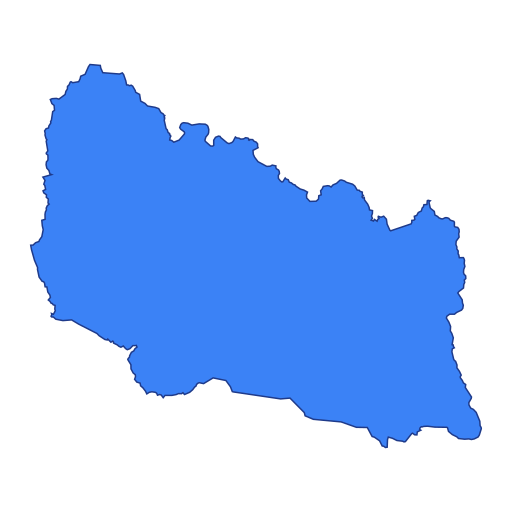 outline of Kong Chro, Gia Lai, Vietnam
{"feature_id": "81297802B76302638024773", "entity_name": "Kong Chro", "entity_type": "district", "adm_level": 2, "iso_a3": "VNM", "parent_name": "Vietnam", "parent_adm1": "Gia Lai", "projection": "albers", "projection_center": [108.588, 13.762], "detail": "fine", "context": "isolated", "style": "filled", "palette": "blue", "viewbox_px": 512, "rotation_deg": 0, "n_neighbors": 0, "source": "geoboundaries", "source_scale": "gbopen_adm2", "svg_char_len": 5989}
<svg xmlns="http://www.w3.org/2000/svg" viewBox="0 0 512 512"><path d="M90.0,64.5L88.5,66.6L85.1,74.3L80.7,76.2L80.1,78.8L78.7,81.7L72.7,82.7L71.0,81.7L70.2,82.2L69.1,84.8L67.5,86.4L67.4,89.0L65.9,91.3L65.1,94.5L58.9,99.1L56.5,98.4L54.5,98.5L52.1,98.7L50.3,99.5L51.9,103.6L54.1,105.4L54.5,110.3L52.7,111.6L51.4,120.2L50.6,121.5L50.8,123.0L48.9,125.9L48.5,128.0L46.1,128.7L44.6,130.9L45.2,133.4L45.0,135.0L46.1,138.8L46.9,139.7L46.2,141.2L47.8,150.9L46.2,153.1L46.4,153.9L47.9,155.1L48.0,158.9L47.8,160.3L46.4,161.9L46.1,164.8L46.8,168.1L48.9,170.5L49.9,173.9L51.6,174.6L42.9,177.1L45.0,180.4L43.8,184.2L44.8,185.5L45.6,189.4L43.0,190.8L43.8,192.9L46.5,194.8L46.3,197.3L48.3,199.0L48.0,203.0L49.1,204.1L47.3,205.7L46.2,208.1L46.4,210.0L45.4,211.9L45.0,214.4L45.1,219.3L41.8,220.3L42.3,225.8L43.2,229.6L41.8,236.7L39.5,239.9L38.9,241.5L35.6,242.7L33.0,245.1L30.7,245.2L31.5,249.6L34.5,260.3L37.6,267.6L37.5,269.5L39.1,277.1L42.1,281.3L43.6,281.7L44.5,283.0L45.1,286.8L46.9,287.0L47.8,292.0L49.9,295.1L50.4,297.4L48.3,300.0L50.0,301.4L51.2,303.3L52.3,303.5L53.2,304.8L55.1,305.4L54.8,309.1L55.3,310.7L53.4,314.3L51.5,313.5L51.8,314.8L51.0,316.2L51.5,316.9L53.5,317.1L55.8,319.2L62.9,320.6L71.6,319.9L78.8,324.2L97.0,333.5L99.1,335.7L104.9,339.5L107.3,340.0L107.8,339.1L110.9,342.2L112.8,341.1L113.5,342.0L113.6,343.1L117.3,344.9L118.9,346.3L120.9,347.2L123.3,346.0L125.6,348.6L127.3,349.7L129.9,348.7L132.9,345.6L136.1,345.6L136.1,344.8L137.0,347.1L134.9,348.8L133.8,350.9L131.4,352.3L129.6,355.8L129.5,357.1L128.1,358.6L127.8,359.6L130.9,364.7L131.0,368.9L133.2,373.0L135.3,374.7L135.5,376.8L134.6,379.3L136.8,382.1L140.1,383.1L140.6,385.8L142.9,387.8L145.5,391.2L146.8,393.9L149.3,392.3L151.9,391.8L155.3,392.3L156.6,393.1L157.5,395.2L159.6,394.5L161.2,395.0L163.2,397.7L165.0,395.4L171.8,395.4L176.1,394.6L178.4,393.6L181.5,393.7L182.9,392.7L184.5,394.5L189.7,392.3L192.7,389.7L194.7,387.0L195.9,386.2L196.6,384.4L197.8,383.3L199.2,382.7L203.6,383.6L213.1,377.9L225.9,380.5L230.4,386.7L232.3,391.6L233.2,391.9L280.6,398.9L290.0,398.1L304.3,412.6L305.1,415.8L313.3,419.3L341.1,421.9L356.4,427.3L367.3,427.5L372.1,436.5L374.4,437.2L379.6,440.8L382.2,446.0L383.7,446.2L385.4,447.5L387.2,447.2L387.5,439.6L388.3,437.1L392.5,438.3L396.9,440.5L402.6,441.2L404.0,441.9L405.4,441.6L411.7,433.6L412.6,433.2L414.6,434.8L416.9,434.9L417.3,431.9L420.8,430.2L419.6,429.4L419.9,428.1L421.3,426.7L422.2,426.9L423.7,426.4L427.5,426.2L434.9,427.1L446.9,427.3L447.5,427.7L448.5,431.4L452.3,434.6L456.8,436.8L458.5,438.5L464.6,439.2L468.9,438.9L471.4,439.5L474.3,438.9L478.1,437.0L479.3,435.1L481.3,428.7L481.1,427.4L480.1,425.7L479.8,421.2L476.2,412.4L473.4,409.4L470.7,408.1L469.0,405.0L468.8,402.7L471.2,398.5L471.5,397.0L465.3,387.5L465.7,384.5L463.4,382.9L462.3,380.4L460.4,377.9L460.2,376.8L461.2,375.1L459.4,371.3L456.9,367.8L457.0,365.0L455.6,361.3L454.4,360.4L453.7,359.3L451.9,351.8L452.3,348.8L454.3,347.8L453.5,346.6L453.2,344.9L452.1,344.7L453.3,337.8L451.8,333.4L450.3,330.9L450.6,326.5L448.9,322.2L446.4,318.1L446.8,316.3L449.6,314.2L454.5,314.2L456.7,312.4L461.5,310.1L462.8,308.4L463.3,305.2L462.5,303.1L462.2,299.8L457.8,293.0L458.9,291.5L463.5,288.0L463.8,284.4L464.7,282.5L464.3,280.0L465.8,278.6L465.7,275.9L464.0,274.1L463.5,272.4L463.7,269.6L464.9,266.4L464.2,263.4L464.5,260.3L464.1,258.9L463.4,257.6L459.3,257.7L458.8,254.9L458.1,253.8L458.2,251.0L456.8,248.9L456.9,247.0L455.9,244.5L456.2,241.2L459.1,237.1L458.7,233.7L459.2,231.9L459.0,229.3L457.7,227.4L455.0,226.9L454.4,226.2L454.4,222.2L453.8,221.3L450.4,220.2L448.7,218.3L446.9,217.7L445.2,217.7L442.7,218.9L441.2,218.8L438.7,217.7L437.7,216.5L434.9,215.0L434.3,211.4L430.7,208.5L430.2,207.7L429.1,202.8L429.2,201.7L430.2,200.8L428.1,200.3L427.3,200.7L426.9,204.5L423.9,204.7L423.4,206.8L422.2,208.0L421.3,211.0L418.3,212.5L416.7,215.4L414.3,216.3L414.8,219.4L413.8,220.2L411.8,220.4L411.8,222.4L411.1,223.9L390.7,230.8L389.9,230.3L387.1,224.1L386.4,219.2L383.7,216.2L381.0,217.2L378.4,216.3L378.1,217.0L379.0,218.6L377.8,219.3L377.1,221.2L374.4,219.4L373.5,221.0L371.1,220.2L372.4,218.3L371.5,216.1L372.4,213.5L372.5,210.6L369.5,209.9L369.1,207.4L367.7,204.2L364.5,199.9L364.3,197.8L362.8,197.9L362.1,197.1L362.1,196.2L363.5,195.9L362.3,194.2L362.3,192.1L360.0,191.3L359.3,190.3L357.2,190.1L354.8,186.0L352.6,184.2L346.4,182.3L344.6,181.0L341.6,180.0L340.1,180.1L336.5,183.4L333.0,184.9L331.1,187.0L329.2,185.9L327.6,185.7L323.3,186.4L322.1,189.0L320.6,190.8L321.2,194.8L318.8,195.7L318.5,199.1L316.2,201.2L309.9,201.4L306.7,198.0L306.5,194.9L307.5,192.1L303.9,190.1L300.2,189.0L296.0,186.2L295.0,184.9L293.3,184.5L291.4,182.9L289.3,182.2L288.2,179.7L286.2,179.1L285.2,178.0L282.8,181.8L281.7,181.9L280.2,180.7L278.4,178.4L278.3,175.4L279.5,173.5L279.2,171.3L278.5,170.0L276.3,168.7L275.8,167.2L275.9,165.9L272.2,165.1L270.3,166.2L266.8,166.4L258.0,161.7L254.6,157.2L253.3,154.3L253.0,150.4L258.1,147.7L257.6,146.5L257.6,143.9L256.3,142.2L254.0,141.2L252.7,139.6L250.3,139.5L249.1,140.3L248.6,139.9L248.8,138.9L248.0,138.1L245.6,137.7L243.5,138.9L240.7,139.1L239.1,138.2L236.7,137.9L235.4,137.0L233.1,141.4L231.8,142.6L229.0,143.6L227.3,143.0L220.8,137.6L220.0,136.4L218.5,136.1L215.5,137.3L213.7,140.2L213.7,145.4L212.7,146.1L210.6,146.0L205.4,141.4L204.9,140.2L205.8,137.1L208.1,134.2L208.6,132.8L208.8,129.5L207.9,126.3L207.1,125.3L205.3,124.2L199.2,123.9L191.8,125.1L187.9,123.2L183.7,122.7L182.2,123.1L180.8,124.5L179.7,127.6L180.7,129.2L184.2,131.8L184.6,132.8L184.4,134.0L179.1,140.1L173.8,142.2L171.7,140.5L169.7,140.0L170.2,137.3L170.8,136.3L170.5,135.3L169.6,134.9L169.6,133.5L168.1,132.5L167.2,129.7L166.1,128.7L164.2,120.2L164.7,118.6L164.4,118.2L164.6,117.4L164.1,116.9L164.8,115.5L163.9,115.1L163.0,113.7L161.0,112.6L158.7,108.6L155.0,107.3L147.5,106.0L145.0,103.4L140.7,101.1L139.6,94.4L135.7,92.3L135.2,90.5L132.7,86.2L131.2,85.2L129.3,85.7L128.3,85.0L126.6,84.9L125.8,80.8L123.6,74.5L122.3,72.9L119.5,74.0L102.8,72.7L100.8,68.2L100.3,65.4L90.0,64.5Z" fill="#3b82f6" stroke="#1e3a8a" stroke-width="1.5"/></svg>